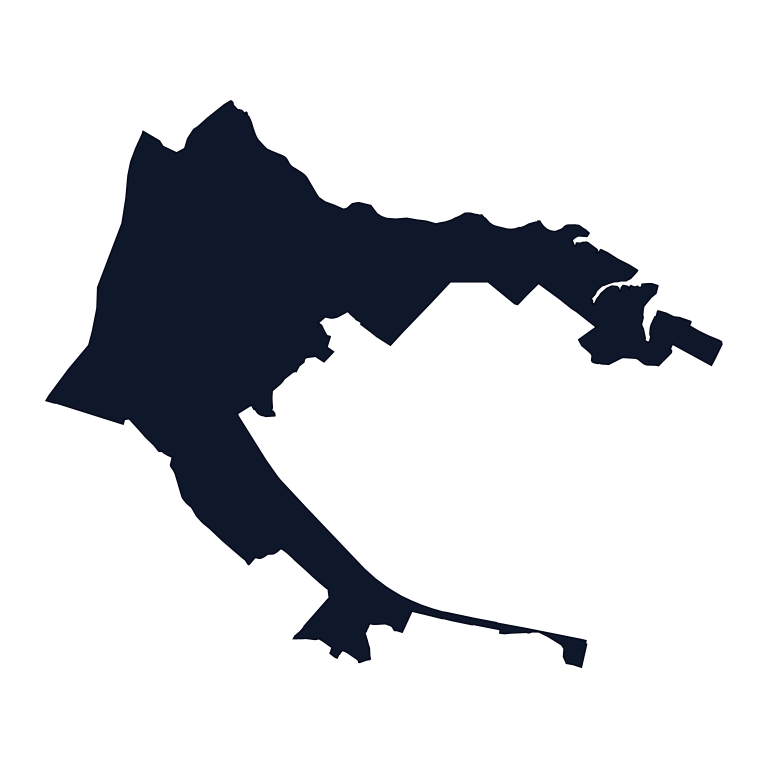 outline of Cernavoda, Constanta, Romania
{"feature_id": "2599482B32404237581022", "entity_name": "Cernavoda", "entity_type": "district", "adm_level": 2, "iso_a3": "ROU", "parent_name": "Romania", "parent_adm1": "Constanta", "projection": "robinson", "projection_center": [28.079, 44.315], "detail": "fine", "context": "isolated", "style": "filled", "palette": "ink", "viewbox_px": 768, "rotation_deg": 0, "n_neighbors": 0, "source": "geoboundaries", "source_scale": "gbopen_adm2", "svg_char_len": 6123}
<svg xmlns="http://www.w3.org/2000/svg" viewBox="0 0 768 768"><path d="M122.1,223.3L97.7,287.4L97.0,308.2L92.5,331.2L88.8,345.3L68.9,369.0L49.1,395.6L46.1,400.6L55.1,403.1L55.7,402.8L123.1,424.1L124.4,419.4L128.9,418.7L130.0,419.6L138.3,428.7L145.6,437.0L154.2,445.3L158.5,450.8L159.2,451.3L159.9,451.4L160.8,451.3L161.4,450.9L164.5,453.3L167.8,455.2L172.4,457.2L170.5,465.1L171.4,467.4L173.0,469.4L174.3,471.6L175.4,474.1L182.2,497.2L182.7,498.1L184.4,500.4L186.7,503.2L191.4,507.1L192.7,509.1L196.6,515.9L202.6,522.6L209.5,528.2L222.9,540.9L242.6,557.8L245.3,559.9L248.3,564.4L248.6,564.6L249.4,564.1L255.0,557.5L256.2,557.6L259.2,558.3L261.2,558.0L264.3,556.5L267.5,554.2L268.7,554.0L272.1,554.0L273.7,553.7L277.1,551.7L280.3,548.8L281.4,548.7L283.3,549.8L287.6,553.1L294.4,559.3L294.3,559.5L306.1,570.0L312.7,576.2L319.9,582.6L326.7,588.3L328.2,589.0L329.3,598.0L328.1,599.0L304.4,626.0L303.1,628.3L300.1,631.7L294.9,636.1L293.5,638.6L296.9,638.7L296.7,638.6L298.5,638.5L301.7,638.6L305.8,638.3L314.7,639.4L316.4,639.3L318.1,638.8L319.4,638.9L322.9,641.0L332.1,647.6L330.1,653.3L334.7,656.9L337.1,658.0L339.0,654.0L339.6,654.1L340.7,652.0L341.2,651.8L342.1,650.6L343.9,650.8L347.4,652.5L358.2,660.0L358.8,662.4L359.8,662.4L366.0,660.1L370.0,659.4L370.3,658.6L369.7,655.9L369.4,648.3L368.2,644.6L366.8,639.2L364.8,632.9L366.2,631.5L367.1,628.9L368.0,627.5L369.1,624.6L369.7,623.9L370.6,623.7L372.5,624.1L374.8,624.3L385.3,623.7L390.4,625.5L391.9,626.4L392.8,627.5L394.1,630.0L395.1,630.6L396.1,630.3L402.2,632.2L411.9,611.1L442.7,618.6L443.5,618.4L451.8,620.5L472.3,624.7L473.0,624.3L500.1,629.6L499.9,633.1L504.5,633.6L510.8,633.0L526.0,632.3L528.9,632.9L532.1,631.8L538.9,631.9L547.8,636.3L561.5,644.7L564.1,648.6L563.5,656.7L566.4,663.3L573.1,664.5L581.4,667.2L586.6,644.3L585.4,643.6L586.0,640.7L581.5,639.6L525.3,628.4L497.0,623.2L496.6,622.7L473.9,618.4L445.5,612.4L443.3,612.2L431.4,608.8L420.6,605.0L410.7,600.8L401.2,596.3L392.6,591.2L386.0,587.0L375.0,578.7L364.1,568.9L305.8,507.7L280.0,480.0L277.2,476.5L265.8,460.3L238.7,417.0L237.2,413.8L251.5,404.9L254.0,409.4L255.0,409.1L257.5,412.8L258.6,413.8L260.3,414.8L262.4,415.5L265.0,415.9L265.3,416.4L274.7,415.8L274.7,415.2L274.9,415.1L274.6,413.5L273.2,411.5L272.9,411.9L271.5,410.6L271.8,410.2L271.6,409.5L272.3,408.0L271.8,399.6L271.8,396.5L272.2,390.8L280.6,383.6L283.1,380.7L282.8,380.5L284.3,378.8L292.7,372.2L294.4,371.7L294.9,371.0L296.1,371.6L299.1,365.9L303.9,362.1L304.4,359.0L306.3,357.5L315.5,356.3L324.0,361.8L333.5,351.8L326.9,347.2L330.2,336.6L326.7,335.6L323.9,330.3L321.5,325.3L318.1,322.9L325.3,316.8L330.6,318.0L333.1,318.0L337.4,316.9L347.9,311.3L350.2,313.9L355.2,318.2L356.1,319.5L359.8,321.5L360.9,322.3L361.2,323.0L360.9,324.3L371.0,331.9L376.6,336.4L390.4,345.2L403.2,331.3L430.1,303.4L450.3,281.8L488.1,281.8L514.6,303.6L517.6,304.5L526.6,295.0L538.5,283.3L559.3,298.5L571.8,308.5L576.4,311.4L596.3,327.1L578.7,339.7L581.9,345.6L586.2,349.1L591.1,353.6L592.2,355.8L591.6,360.3L592.3,361.8L593.9,362.6L597.8,363.5L599.6,363.0L601.1,363.8L608.7,364.3L621.6,357.8L623.3,357.4L635.8,358.2L637.8,358.9L643.6,363.5L645.3,364.4L647.5,364.9L654.1,365.0L657.1,365.3L658.4,365.7L670.9,353.1L671.4,352.2L671.5,350.4L670.1,349.4L672.4,344.0L711.4,365.3L715.1,358.3L721.9,344.3L721.4,341.7L718.9,340.3L707.5,335.6L698.4,331.1L689.2,325.7L690.7,322.8L690.8,321.5L679.6,317.6L673.7,316.9L666.3,313.3L658.9,311.1L657.7,311.1L657.1,313.2L656.5,316.1L654.9,316.9L651.2,324.8L650.4,327.9L649.9,334.2L650.8,336.7L649.8,341.0L648.3,342.6L644.9,340.6L645.2,337.9L643.3,329.0L641.4,324.7L643.2,317.2L642.6,315.2L643.2,309.1L643.8,306.2L651.1,297.3L656.0,293.3L657.9,285.7L652.1,283.8L648.8,283.7L642.1,284.2L642.1,285.0L640.8,287.7L639.9,287.8L637.3,286.2L635.2,287.1L633.3,286.7L630.9,285.6L629.9,286.7L628.9,289.2L628.4,289.0L628.4,287.2L627.8,286.5L626.1,286.0L623.2,285.5L622.1,286.5L621.1,288.2L621.1,289.5L620.6,291.3L619.3,289.9L618.4,287.8L617.1,286.6L612.5,286.1L611.2,286.3L606.8,288.4L600.7,293.8L599.4,296.0L597.0,298.8L594.5,304.1L593.7,303.8L592.5,303.7L592.3,303.3L592.6,301.3L591.2,298.4L594.7,294.7L595.4,293.5L596.5,291.0L599.2,288.2L601.9,285.8L604.5,285.1L608.4,283.5L613.4,281.9L615.4,281.6L617.5,281.6L620.8,280.8L626.3,280.8L627.7,279.7L629.0,279.3L630.9,278.1L636.0,272.6L637.3,270.9L637.5,270.3L629.9,265.5L617.7,259.3L607.5,252.8L600.9,249.6L598.2,252.7L597.4,252.9L596.9,252.2L597.4,250.4L597.0,249.5L587.8,242.6L586.4,242.2L583.2,242.4L579.9,243.4L578.0,243.0L576.4,243.1L576.1,244.5L576.4,244.8L575.8,245.9L573.7,245.0L573.1,242.6L572.2,240.4L572.4,239.7L575.3,237.3L578.5,235.8L587.0,236.4L589.1,233.1L585.3,229.7L583.9,229.0L578.9,225.5L575.1,225.0L568.0,225.1L566.3,225.5L564.5,226.6L563.3,228.0L561.5,229.3L555.4,231.6L552.5,231.4L549.8,230.7L546.8,229.3L543.4,226.4L540.9,223.1L539.9,221.2L538.8,221.0L537.7,221.3L537.0,222.2L535.1,222.3L528.8,224.1L524.6,226.4L521.1,227.7L519.0,227.6L515.3,229.0L510.6,229.4L507.4,229.2L495.8,226.4L494.1,225.8L492.8,225.2L490.5,223.7L489.2,222.7L485.2,218.2L484.0,217.6L481.7,214.9L479.2,215.5L478.3,214.9L475.0,214.4L471.2,213.4L468.9,213.1L466.7,213.3L465.6,213.2L464.7,213.4L460.3,216.0L457.7,217.2L455.0,218.2L452.1,219.8L450.1,220.6L445.0,222.2L439.5,223.1L436.0,224.0L426.1,221.2L416.9,220.1L406.9,218.3L395.8,219.2L386.6,218.5L381.5,216.7L377.0,213.8L370.7,205.5L359.3,202.8L357.6,202.8L352.3,203.8L347.2,208.3L346.0,208.8L343.3,209.3L334.2,205.3L324.9,201.9L318.6,197.5L316.8,194.8L306.8,177.8L305.5,176.1L303.9,174.5L301.7,172.9L292.0,166.8L291.1,166.0L289.4,164.1L287.1,159.8L285.4,157.6L283.3,156.2L271.6,151.4L267.2,149.4L265.8,148.3L258.5,140.5L256.6,137.7L255.2,134.6L253.3,129.3L251.1,121.9L248.7,116.5L247.3,115.5L247.0,114.7L247.3,114.3L246.6,113.7L246.1,113.8L247.0,113.0L246.1,112.2L244.6,113.5L242.3,110.9L241.5,110.4L239.7,109.9L238.2,109.8L237.8,110.0L233.2,105.0L232.8,102.3L230.9,100.8L224.5,104.6L207.2,118.4L197.9,126.8L193.8,129.4L188.3,137.7L187.3,139.9L185.2,147.1L184.6,148.6L176.6,152.9L163.0,146.5L159.3,140.9L143.1,131.4L142.3,134.2L135.8,148.4L130.8,161.8L128.0,175.6L126.0,198.3L122.1,223.3Z" fill="#0f172a" stroke="#020617" stroke-width="1.5"/></svg>